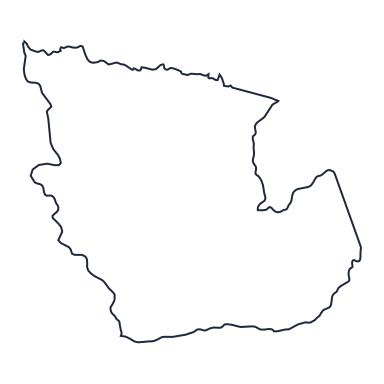 SVG path tracing the border of Concepción
{"feature_id": "PRY-603", "entity_name": "Concepción", "entity_type": "Department", "adm_level": 1, "iso_a3": "PRY", "parent_name": "Paraguay", "parent_adm1": "", "projection": "robinson", "projection_center": [-57.042, -22.793], "detail": "fine", "context": "isolated", "style": "outline", "palette": "slate", "viewbox_px": 384, "rotation_deg": 0, "n_neighbors": 0, "source": "natural_earth", "source_scale": "10m", "svg_char_len": 4849}
<svg xmlns="http://www.w3.org/2000/svg" viewBox="0 0 384 384"><path d="M24.5,41.7L24.6,41.8L26.7,43.6L28.3,47.0L30.6,49.6L36.7,51.8L38.7,51.8L41.8,50.4L43.1,50.2L44.6,51.2L47.2,54.2L48.1,55.0L50.3,54.4L53.2,51.7L55.1,51.8L57.0,52.3L58.4,52.0L60.6,50.8L60.2,50.4L60.2,49.3L60.6,48.1L60.9,47.4L61.6,47.3L63.4,48.0L64.1,48.0L67.7,46.5L70.1,46.7L72.5,47.5L76.2,47.7L78.3,47.1L79.7,46.2L81.0,45.9L82.7,46.7L85.5,55.1L87.6,59.5L90.0,62.0L93.2,62.8L97.6,62.1L99.2,61.4L99.9,60.8L100.9,60.6L103.1,60.8L104.5,61.4L108.8,64.5L115.9,62.7L117.4,62.7L121.2,64.3L123.2,64.4L125.8,65.5L131.8,69.6L133.0,69.7L133.6,68.4L135.2,68.8L138.0,70.5L140.1,70.4L141.0,69.3L141.3,68.0L141.5,67.3L144.4,67.6L152.5,69.7L156.0,69.1L160.6,65.0L163.1,64.3L163.8,65.2L164.4,68.4L165.7,69.5L167.4,69.7L168.6,69.1L169.6,68.4L171.0,68.0L173.9,68.5L179.4,70.7L181.1,71.7L181.1,72.1L181.4,73.0L182.3,73.9L185.5,74.5L186.5,74.9L187.6,75.0L189.0,74.4L191.2,73.7L197.0,74.2L200.0,74.0L204.5,75.6L206.5,75.6L208.5,74.2L208.3,77.6L209.3,78.4L210.8,78.1L212.5,78.2L215.7,80.0L217.6,80.1L219.6,74.6L221.8,77.9L223.6,83.1L224.0,85.8L228.3,86.5L230.7,85.6L232.3,87.6L270.9,97.9L278.3,101.0L277.6,101.7L273.3,104.1L272.3,104.9L264.5,116.9L263.1,118.1L257.3,122.4L256.3,123.5L255.6,124.6L255.0,125.9L254.9,127.3L255.7,131.9L255.6,133.5L254.9,134.7L253.1,136.1L252.7,137.2L252.7,138.7L253.7,142.9L253.8,144.2L253.6,148.1L254.0,152.1L254.0,154.5L253.7,156.5L253.1,158.2L252.8,160.5L253.2,162.5L254.0,164.0L255.7,166.4L256.1,168.0L256.0,169.5L255.4,172.7L255.8,174.1L256.7,175.1L257.7,175.7L258.7,176.5L259.9,178.0L261.4,180.7L262.9,184.9L264.3,193.4L265.4,197.2L265.2,199.4L264.4,200.8L260.3,203.7L259.1,205.1L258.1,206.8L257.7,209.4L257.8,210.1L258.5,210.3L259.6,210.2L262.1,210.3L265.5,209.9L266.4,209.6L267.3,209.0L268.7,207.5L269.5,207.1L270.6,207.3L271.8,208.2L273.4,210.0L274.6,211.0L275.7,211.8L276.9,212.1L278.1,212.3L279.1,212.1L280.1,211.9L283.6,210.1L285.7,209.6L286.6,209.1L287.2,208.4L288.7,205.2L290.6,202.6L291.1,201.5L291.5,200.3L292.1,196.2L292.4,195.0L293.0,193.1L293.2,192.7L293.4,192.4L294.5,191.1L296.1,189.9L297.0,189.4L297.9,189.0L307.6,187.1L308.6,186.8L310.4,185.9L311.1,185.2L311.8,184.4L313.0,182.7L315.2,178.8L315.8,177.9L316.4,177.1L317.3,176.5L318.2,176.1L320.3,175.6L321.3,175.2L322.1,174.6L326.7,170.8L327.6,170.3L328.5,170.1L329.5,170.1L330.6,170.4L333.3,171.5L334.2,172.7L334.8,173.9L360.8,246.8L361.0,248.1L360.6,250.5L360.4,258.0L360.2,259.2L359.8,260.2L359.1,261.0L358.2,261.4L357.2,261.4L356.2,261.1L354.4,260.2L353.5,260.1L352.8,260.6L352.3,261.5L352.1,262.7L352.2,264.0L352.5,266.2L352.3,267.1L351.6,267.7L350.7,268.2L349.9,268.8L349.4,269.7L349.0,270.8L348.7,271.9L348.6,273.4L348.6,275.1L349.3,278.1L349.4,279.8L349.0,281.0L348.3,281.6L341.3,285.7L339.7,286.9L338.9,287.5L338.3,288.3L337.8,289.2L337.0,291.2L336.3,292.0L334.7,293.1L333.9,293.8L333.3,294.5L332.7,295.4L332.3,296.4L332.0,297.6L331.4,302.8L331.0,304.8L330.8,305.4L330.4,306.1L330.1,306.6L329.3,307.4L323.3,310.1L321.1,313.0L319.6,315.7L317.1,317.7L314.7,320.2L310.3,322.6L309.0,322.7L307.9,322.7L306.7,322.4L305.1,322.4L297.8,324.5L289.7,328.9L288.4,329.4L286.7,329.4L284.1,329.7L278.3,331.1L275.5,331.4L273.9,331.2L272.6,329.7L271.1,329.2L268.9,329.0L264.2,329.6L261.8,329.6L260.0,329.4L255.6,326.9L253.8,326.5L251.2,326.4L240.6,327.0L231.4,324.7L227.0,324.2L225.4,324.3L224.2,324.8L222.7,326.4L221.5,327.3L220.3,327.7L218.8,327.8L214.2,327.5L212.2,327.8L209.7,328.5L206.2,330.2L204.8,330.5L203.7,330.4L202.3,329.9L200.8,329.5L199.0,329.3L197.6,329.5L196.6,329.9L195.7,330.5L195.0,331.2L193.7,332.0L185.7,334.7L172.6,336.9L164.2,336.8L162.3,337.1L160.9,337.6L157.8,339.4L154.1,340.9L152.2,341.3L150.8,341.4L150.4,341.3L138.3,342.3L137.1,342.1L135.0,341.6L134.2,341.3L129.5,338.5L128.6,338.1L127.7,337.6L125.5,336.6L120.8,335.9L121.6,333.8L121.5,332.3L120.8,330.1L119.6,323.8L119.5,322.1L118.9,321.0L116.4,318.9L115.2,316.5L112.0,313.3L110.9,311.3L110.4,308.2L110.8,306.8L111.8,305.4L113.4,302.6L114.3,300.4L114.6,299.2L114.6,294.6L113.9,293.4L110.9,290.2L109.0,288.5L104.5,282.3L102.9,280.7L101.7,279.8L94.9,276.3L91.2,273.7L88.3,270.6L87.1,267.2L87.2,262.7L86.9,259.2L85.5,256.6L82.1,254.9L74.9,254.9L72.0,253.7L70.8,249.7L69.1,247.3L61.0,243.1L58.3,240.2L62.2,231.8L61.3,227.4L58.9,224.1L52.8,218.0L52.5,215.9L54.3,214.0L56.7,212.1L58.2,210.0L58.4,207.4L57.7,205.5L55.9,202.8L54.7,199.1L54.1,198.0L52.7,196.3L51.0,195.5L46.9,195.7L45.2,194.8L44.1,192.5L43.2,187.5L42.1,185.5L40.6,184.4L36.4,183.2L34.7,182.3L30.7,175.8L32.7,169.5L38.8,165.0L47.1,163.7L55.0,165.2L59.0,165.1L60.8,163.0L59.9,158.5L57.9,154.9L53.3,149.2L50.6,142.7L48.3,118.8L47.3,113.9L46.8,111.6L47.9,110.0L51.3,106.7L50.5,104.2L42.0,92.8L40.2,85.8L38.5,83.6L35.1,82.7L30.5,82.5L27.7,81.4L25.9,78.8L24.4,74.1L23.8,69.1L25.7,55.9L24.3,52.5L23.0,43.7L24.5,41.8L24.5,41.7Z" fill="none" stroke="#1e293b" stroke-width="2"/></svg>